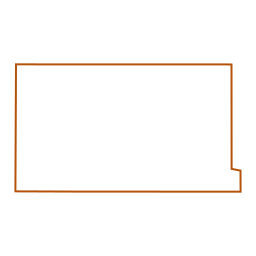 Sargent, North Dakota, United States of America (Natural Earth projection)
{"feature_id": "52423323B99155111830377", "entity_name": "Sargent", "entity_type": "district", "adm_level": 2, "iso_a3": "USA", "parent_name": "United States of America", "parent_adm1": "North Dakota", "projection": "natural_earth1", "projection_center": [-97.554, 46.109], "detail": "fine", "context": "isolated", "style": "outline", "palette": "amber", "viewbox_px": 256, "rotation_deg": 0, "n_neighbors": 0, "source": "geoboundaries", "source_scale": "gbopen_adm2", "svg_char_len": 366}
<svg xmlns="http://www.w3.org/2000/svg" viewBox="0 0 256 256"><path d="M225.4,64.4L44.1,64.4L16.0,64.3L15.4,191.3L21.5,191.4L23.8,191.4L29.6,191.4L79.9,191.6L82.1,191.6L105.3,191.6L149.8,191.6L156.6,191.6L164.5,191.7L167.4,191.7L214.5,191.7L216.4,191.7L240.6,191.7L240.5,170.6L231.6,168.9L231.5,64.5L225.4,64.4Z" fill="none" stroke="#b45309" stroke-width="2"/></svg>